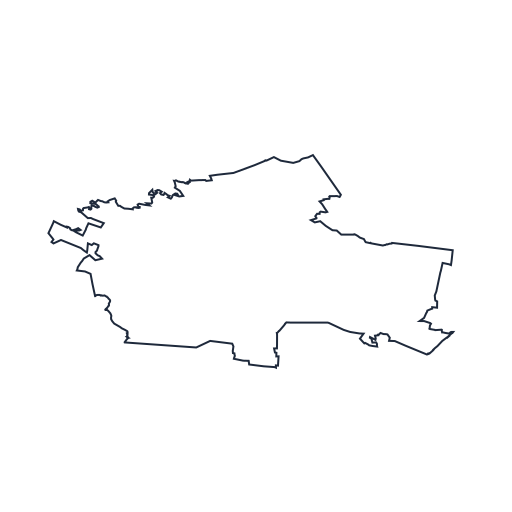 Umurgas pag., Limbaži, Latvia, rotated 191°
{"feature_id": "27541924B87093232945567", "entity_name": "Umurgas pag.", "entity_type": "district", "adm_level": 2, "iso_a3": "LVA", "parent_name": "Latvia", "parent_adm1": "Limbaži", "projection": "natural_earth1", "projection_center": [24.943, 57.497], "detail": "fine", "context": "isolated", "style": "outline", "palette": "slate", "viewbox_px": 512, "rotation_deg": 191, "n_neighbors": 0, "source": "geoboundaries", "source_scale": "gbopen_adm2", "svg_char_len": 6033}
<svg xmlns="http://www.w3.org/2000/svg" viewBox="0 0 512 512"><g transform="rotate(191 256 256)"><path d="M447.3,248.7L447.1,247.9L453.7,249.4L461.1,251.6L461.4,249.7L464.1,238.8L458.7,234.2L458.0,233.5L459.4,230.7L457.2,229.7L450.5,234.5L429.4,230.4L426.5,228.8L422.7,227.1L422.7,229.1L423.4,236.3L419.3,235.4L417.6,237.5L412.7,236.6L412.5,235.6L413.0,232.3L413.1,231.0L414.3,229.2L414.0,228.0L411.7,226.6L410.9,226.3L409.5,226.1L406.6,224.0L412.9,221.2L419.6,225.1L424.6,220.6L425.7,217.9L426.8,216.0L428.8,211.0L428.8,208.8L429.1,207.6L420.9,208.2L415.0,206.9L411.1,197.1L406.3,185.9L406.0,186.0L405.5,187.0L404.0,187.6L402.2,187.9L401.0,187.6L400.9,187.8L400.3,187.7L400.1,187.9L398.8,187.8L397.1,188.4L395.7,187.8L394.8,187.7L394.6,187.4L393.6,187.0L392.6,186.0L392.3,185.9L391.7,185.4L391.4,185.3L390.8,184.7L390.6,183.9L390.7,183.1L391.4,181.1L391.0,180.1L390.9,179.2L391.6,178.4L392.0,177.1L392.4,176.6L392.4,176.2L392.8,176.0L393.4,175.3L393.7,174.6L393.5,174.3L393.2,174.3L392.0,174.6L391.2,174.3L390.4,173.8L388.0,171.9L386.8,170.1L386.6,169.6L386.5,167.5L386.2,166.8L386.2,166.4L384.7,164.6L382.3,162.6L375.9,160.4L373.9,159.4L370.5,158.5L368.0,157.6L367.7,157.2L367.7,156.7L367.3,156.0L367.5,155.8L367.9,155.8L368.1,155.6L367.4,154.6L367.5,154.5L367.4,154.2L367.1,154.0L367.3,153.4L367.1,153.2L367.2,152.7L366.8,152.5L366.7,152.4L367.5,152.0L366.9,151.6L365.7,151.2L366.5,150.8L366.5,150.5L366.4,150.3L367.0,149.4L368.5,146.3L368.4,146.1L297.2,154.8L284.8,163.9L262.6,165.4L260.9,162.9L260.7,158.4L260.1,156.3L258.6,156.3L258.3,155.2L257.7,153.9L258.0,152.3L258.1,150.9L248.6,150.8L243.2,151.7L242.0,148.2L227.3,149.2L216.5,150.5L215.1,150.2L215.6,152.4L213.5,152.6L214.7,161.8L216.9,161.3L217.5,164.9L219.0,164.9L220.6,168.7L217.8,169.3L218.5,173.3L220.3,182.8L220.8,184.3L220.6,184.3L219.1,186.9L218.8,187.0L215.5,192.8L214.3,195.2L214.4,195.3L213.5,196.6L208.9,197.3L172.9,204.3L171.7,204.2L155.8,200.2L149.1,199.4L139.8,199.7L135.6,200.3L138.2,194.7L133.0,190.9L132.3,191.5L129.2,190.6L127.9,189.9L124.4,189.9L119.8,190.2L120.1,190.8L120.5,192.8L120.8,193.2L121.6,194.1L125.2,193.2L127.0,197.0L128.6,197.5L128.6,198.2L122.8,196.5L122.8,197.0L122.7,197.6L122.8,198.0L124.0,200.5L120.9,201.5L121.1,202.1L120.3,202.4L119.1,204.2L116.0,203.7L113.3,204.1L112.0,204.1L109.1,201.3L109.2,198.1L103.5,199.0L92.2,196.5L69.4,191.9L68.5,193.1L67.9,192.8L67.3,193.6L67.0,193.5L64.1,197.3L63.8,197.9L64.0,198.0L62.7,199.8L60.7,202.2L56.9,208.2L53.2,212.3L52.8,212.2L51.7,213.6L52.0,213.6L48.6,218.2L48.4,218.1L47.9,219.1L49.8,218.7L50.5,218.3L51.2,217.2L52.1,216.7L55.7,216.6L57.9,216.7L58.7,216.5L59.4,218.1L59.5,219.0L59.8,219.1L66.0,217.4L66.4,217.6L71.3,217.5L71.9,217.7L71.8,218.2L72.0,221.0L71.3,222.9L72.2,223.4L78.5,224.2L82.9,223.4L79.2,227.3L77.9,232.8L77.6,233.2L77.4,235.1L73.5,237.7L73.0,237.9L73.3,239.4L68.4,239.8L69.4,245.5L69.5,246.0L71.4,246.5L71.9,247.6L73.0,251.4L72.2,255.6L71.9,274.8L71.7,276.8L71.5,284.8L64.9,284.7L62.9,284.3L63.1,288.8L64.0,299.2L98.5,296.9L125.0,294.8L125.2,294.1L127.1,293.6L129.3,292.4L129.8,292.5L131.3,291.4L131.6,291.4L133.5,290.5L145.2,290.4L146.0,290.8L146.3,290.4L150.9,290.5L151.5,291.0L153.3,293.2L157.6,293.9L160.0,295.1L162.7,296.0L163.7,296.1L163.9,295.7L176.4,293.3L181.6,296.4L185.8,295.9L186.9,296.3L193.3,298.9L199.6,302.4L204.7,300.2L208.9,301.7L203.9,304.4L203.8,304.8L205.4,306.4L204.1,309.1L201.6,309.5L201.8,311.0L201.0,311.9L196.1,312.1L194.5,312.9L197.2,315.5L200.9,319.4L204.0,321.7L200.2,323.7L200.5,324.5L196.8,325.7L194.9,326.1L194.9,327.7L195.4,328.2L195.1,328.8L187.8,330.3L185.2,329.9L185.1,330.0L184.4,332.3L209.2,356.3L219.4,365.9L223.7,362.7L228.2,360.8L229.8,359.7L231.5,357.4L237.2,354.5L249.8,354.3L257.3,356.5L263.7,351.8L264.1,351.6L264.7,351.7L264.8,351.8L265.1,351.7L265.3,351.5L265.1,351.3L265.2,351.2L274.7,344.9L294.0,333.2L309.4,328.4L316.6,325.9L314.6,323.3L314.6,323.1L313.9,321.9L319.2,320.2L320.2,320.9L326.8,319.5L334.1,317.6L335.2,318.1L335.1,317.6L335.2,317.4L335.5,317.4L335.5,316.8L335.8,316.6L335.5,316.6L335.2,316.1L335.8,315.9L335.7,315.6L335.7,315.4L336.1,315.3L336.1,315.1L336.5,314.9L336.3,314.8L336.8,314.3L336.5,314.2L336.6,313.9L337.2,313.9L337.5,314.3L337.8,314.5L338.0,314.2L338.5,314.1L338.3,313.9L338.6,313.8L338.9,314.1L339.4,314.0L339.8,314.2L340.0,314.1L340.5,314.4L341.7,314.6L341.9,314.4L342.7,314.5L343.3,314.2L344.4,314.3L345.2,314.2L345.6,314.4L346.3,314.2L349.0,315.0L350.3,314.1L350.7,314.1L349.7,312.6L348.4,309.7L348.2,309.0L348.3,308.9L348.7,307.6L343.2,305.4L338.9,301.1L342.7,299.8L346.0,300.2L344.5,301.3L345.2,302.1L347.1,302.0L349.1,300.1L349.4,299.4L349.8,297.4L350.6,296.0L353.7,296.8L352.3,298.5L354.5,298.9L355.7,299.6L357.8,300.5L358.0,299.2L358.4,298.3L360.8,298.3L362.2,299.4L360.8,301.1L363.5,302.1L365.1,302.0L366.9,300.7L366.0,300.2L366.5,299.6L365.2,299.1L366.7,297.3L368.1,297.5L368.6,298.4L369.7,299.1L370.4,301.2L373.0,297.3L372.8,295.9L370.0,296.1L367.8,295.8L367.4,294.8L368.5,293.4L369.9,293.2L368.4,289.5L368.1,288.6L368.4,288.0L368.8,287.5L373.3,286.9L370.4,285.3L374.5,285.0L380.7,285.0L382.0,283.9L380.9,281.8L379.5,281.9L379.4,281.2L380.6,280.7L382.7,280.6L383.0,281.0L385.0,280.5L386.2,279.1L385.9,278.3L390.5,278.0L394.3,277.5L397.7,278.6L399.0,279.3L400.8,279.0L404.0,282.5L403.8,283.6L405.7,285.6L410.3,283.0L412.0,281.3L411.3,280.5L413.3,279.9L415.2,279.8L417.3,280.4L418.7,280.3L421.8,280.9L423.9,277.8L427.3,279.0L428.9,277.6L428.7,276.3L423.2,276.5L419.8,274.5L419.0,274.6L421.0,273.2L423.2,273.6L424.2,274.1L427.1,274.3L427.0,271.9L426.6,271.0L426.8,270.6L427.3,270.0L428.8,270.1L428.8,271.4L429.4,272.2L430.4,271.6L434.3,270.2L434.8,269.5L434.6,267.8L436.7,267.0L438.0,268.1L439.7,268.2L439.1,266.7L438.3,265.8L435.9,265.5L428.3,261.1L425.3,261.8L423.1,261.2L411.7,259.2L413.8,254.4L426.7,256.1L428.0,250.9L428.1,249.4L430.0,243.0L437.3,245.0L439.0,245.7L438.1,246.4L436.9,246.9L436.5,246.8L434.3,247.4L433.2,248.1L435.9,249.4L437.7,248.0L441.3,246.1L443.1,246.6L443.8,247.4L443.8,247.8L445.8,248.7L447.3,248.7Z" fill="none" stroke="#1e293b" stroke-width="2"/></g></svg>